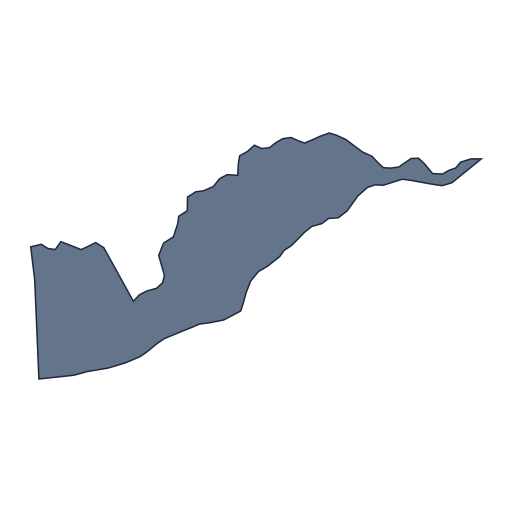 Embakasi North, Nairobi, Kenya
{"feature_id": "3690345B82574132257993", "entity_name": "Embakasi North", "entity_type": "district", "adm_level": 2, "iso_a3": "KEN", "parent_name": "Kenya", "parent_adm1": "Nairobi", "projection": "natural_earth1", "projection_center": [36.904, -1.247], "detail": "fine", "context": "isolated", "style": "filled", "palette": "slate", "viewbox_px": 512, "rotation_deg": 0, "n_neighbors": 0, "source": "geoboundaries", "source_scale": "gbopen_adm2", "svg_char_len": 1403}
<svg xmlns="http://www.w3.org/2000/svg" viewBox="0 0 512 512"><path d="M223.7,320.0L232.8,315.2L240.8,310.9L243.5,302.3L246.2,292.5L250.7,281.0L258.5,271.5L267.4,266.3L279.6,256.7L284.1,250.4L291.3,245.7L298.6,238.4L304.4,232.4L311.7,226.5L321.9,223.6L328.5,218.5L338.5,217.7L347.2,210.8L353.1,202.6L357.9,195.9L367.5,187.4L375.0,184.9L383.4,185.2L392.9,182.2L402.3,179.2L411.2,180.4L429.1,183.7L442.1,185.7L452.0,182.7L481.3,158.9L471.0,158.9L460.6,162.1L455.8,167.9L448.6,170.5L442.6,174.0L432.6,173.6L424.3,163.6L418.5,158.2L411.0,158.5L405.3,162.5L398.8,167.0L390.6,168.1L383.4,167.7L377.8,162.5L372.0,156.3L362.5,152.0L345.8,139.5L336.2,135.1L329.4,133.0L320.3,136.2L311.9,140.0L304.6,143.0L297.6,140.5L291.0,137.5L282.6,138.7L275.9,142.6L269.5,147.7L261.6,148.5L254.4,145.2L247.2,151.6L239.6,155.8L238.3,164.4L237.7,175.4L227.3,174.6L219.6,178.6L213.4,186.5L203.4,190.8L195.8,191.8L187.5,197.0L187.3,210.7L178.7,216.3L177.7,223.7L173.4,236.8L163.5,243.2L158.7,255.4L164.4,275.4L162.6,282.7L156.5,288.3L147.0,290.9L139.6,294.6L133.4,301.3L103.8,247.7L95.7,242.6L87.4,246.7L81.0,249.6L71.4,245.7L60.8,241.7L55.3,249.5L47.9,248.5L41.3,244.3L30.7,246.8L34.7,279.8L38.9,379.0L74.0,375.2L87.1,371.6L107.9,368.1L125.2,362.9L139.7,356.8L146.1,352.5L157.0,343.6L164.5,338.5L171.9,335.5L181.0,331.7L191.2,327.6L199.5,324.1L210.6,322.6L223.7,320.0Z" fill="#64748b" stroke="#1e293b" stroke-width="1.5"/></svg>